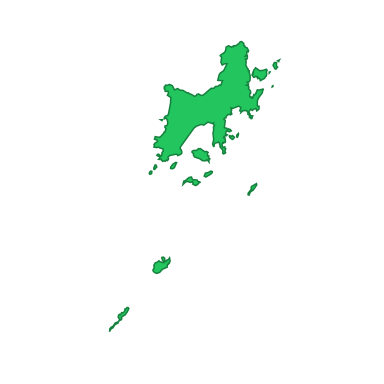 outline of Mueang Phuket, Phuket, Thailand, rotated 18°
{"feature_id": "78962969B33531913696438", "entity_name": "Mueang Phuket", "entity_type": "district", "adm_level": 2, "iso_a3": "THA", "parent_name": "Thailand", "parent_adm1": "Phuket", "projection": "robinson", "projection_center": [98.375, 7.727], "detail": "fine", "context": "isolated", "style": "filled", "palette": "green", "viewbox_px": 384, "rotation_deg": 18, "n_neighbors": 0, "source": "geoboundaries", "source_scale": "gbopen_adm2", "svg_char_len": 6017}
<svg xmlns="http://www.w3.org/2000/svg" viewBox="0 0 384 384"><g transform="rotate(18 192 192)"><path d="M135.5,98.2L133.8,98.5L133.5,100.5L132.6,100.9L133.4,100.9L133.7,102.4L134.4,102.6L135.4,104.6L138.1,103.7L139.1,105.1L138.7,107.6L142.7,108.7L144.1,114.1L145.4,124.1L145.3,126.7L143.2,128.1L142.6,130.0L143.1,130.9L144.5,129.8L145.8,130.7L147.1,132.5L147.9,135.4L147.7,136.5L146.0,137.4L146.2,138.9L147.6,139.7L147.8,143.3L146.9,143.7L147.0,144.6L145.0,149.2L143.3,150.3L139.9,150.7L140.0,153.4L143.0,153.5L143.4,154.1L143.2,155.3L141.8,156.8L141.1,158.6L141.9,159.3L142.0,161.1L144.6,160.7L146.5,159.6L147.5,160.1L151.0,159.9L152.0,162.1L151.3,163.6L151.9,166.7L150.5,168.6L150.7,170.3L150.1,171.2L150.8,171.2L151.6,170.3L152.7,170.4L153.0,171.2L154.8,171.9L155.6,171.2L157.0,171.1L157.8,169.6L159.0,169.7L159.5,167.7L158.3,166.4L159.4,164.3L165.1,161.0L166.4,160.9L167.2,161.8L169.5,159.8L170.2,158.6L170.1,157.3L168.8,155.3L167.2,154.3L167.1,152.6L174.1,130.7L175.9,128.0L178.7,125.8L180.4,124.7L182.5,124.8L185.6,120.6L190.7,120.6L191.3,119.7L191.8,121.3L192.9,121.9L192.3,123.6L193.4,126.2L193.8,129.6L196.5,135.7L196.7,140.0L198.4,142.0L198.9,141.6L198.5,139.4L199.0,138.2L201.3,137.0L201.5,136.4L202.4,136.6L203.0,136.7L203.4,138.1L204.9,139.6L204.6,140.4L208.5,142.8L209.3,145.8L210.3,146.0L211.6,144.8L211.7,143.9L210.8,143.5L210.6,140.2L209.7,140.0L209.2,138.9L207.7,140.1L205.9,137.8L205.9,135.7L206.4,135.1L207.0,135.6L207.2,134.9L208.2,134.7L208.2,133.5L206.7,130.4L205.6,130.7L205.1,130.2L206.2,128.0L207.0,128.2L207.9,126.7L206.0,126.4L205.7,124.8L206.2,123.1L209.0,123.2L210.5,121.7L208.9,120.6L208.0,121.1L207.2,120.6L206.3,121.6L205.4,120.6L202.9,120.9L201.6,113.9L200.9,113.2L200.1,113.3L199.8,112.5L200.3,111.5L201.4,111.0L201.2,109.5L202.3,107.2L203.8,106.8L204.2,105.9L204.9,106.6L205.8,105.5L204.2,103.4L204.4,101.9L203.0,100.0L204.7,100.1L209.9,95.9L212.4,96.6L212.3,100.0L213.9,100.1L214.0,101.3L215.5,98.8L218.9,97.7L220.8,99.4L221.0,100.7L223.2,101.5L223.6,103.4L224.7,103.3L225.6,104.0L226.2,103.7L226.4,102.9L225.9,102.0L226.3,100.9L224.1,101.2L221.3,98.1L222.2,95.1L224.1,95.8L225.3,93.9L227.0,92.9L228.6,94.9L230.1,92.4L229.3,89.7L228.1,90.1L227.4,89.6L226.0,85.1L226.2,82.1L228.3,75.7L227.8,74.6L228.2,72.6L227.7,72.1L224.3,74.4L222.6,74.6L222.1,79.0L221.2,80.6L220.7,80.4L220.7,83.9L219.3,84.2L219.3,83.3L217.4,83.5L216.6,80.7L217.3,79.8L216.4,77.9L213.8,76.2L213.8,75.0L213.0,73.6L211.0,73.5L212.3,72.7L212.4,71.8L210.6,70.4L212.1,69.7L212.7,68.0L211.5,63.6L209.4,60.6L209.1,59.0L207.9,59.1L207.4,57.7L206.1,57.0L203.8,54.3L203.4,51.7L201.8,49.0L203.1,48.8L203.2,47.2L202.5,45.1L200.8,46.2L201.5,44.3L200.8,41.3L202.2,41.4L202.1,40.0L199.7,37.8L197.7,37.8L197.0,36.7L196.3,36.8L195.1,34.5L192.6,33.6L191.2,34.6L190.8,36.6L189.7,37.4L189.0,39.0L186.5,40.0L186.4,41.0L185.4,41.1L184.9,42.1L181.7,41.6L179.7,43.5L180.2,46.7L179.9,49.0L176.8,53.0L176.7,53.7L178.6,54.8L179.4,59.7L181.5,61.9L183.5,59.9L185.7,59.2L184.6,66.9L182.2,70.0L181.6,72.2L182.0,77.9L186.6,76.7L186.5,81.5L185.4,81.5L183.8,83.6L181.8,84.3L180.5,86.8L178.2,87.4L172.7,96.4L170.7,97.4L167.9,96.7L166.5,97.7L166.3,98.9L164.8,100.2L161.1,99.3L159.3,99.5L158.0,98.7L157.0,99.3L151.8,98.1L149.2,98.9L146.4,98.0L143.8,100.3L140.5,97.0L137.5,96.6L135.5,98.2ZM192.4,266.8L192.5,264.4L191.0,261.6L190.4,263.6L189.0,264.7L188.8,266.0L187.7,266.5L186.5,263.4L184.7,262.8L183.5,263.6L184.8,265.8L186.8,266.9L187.0,268.0L182.8,268.2L181.8,267.6L180.8,269.3L178.9,270.8L178.4,273.5L179.3,275.4L179.4,277.2L178.9,278.0L179.4,279.1L181.1,280.1L183.7,280.3L186.1,278.4L187.8,274.6L191.7,271.1L191.0,268.9L191.9,268.1L191.5,267.2L192.4,266.8ZM191.8,149.8L186.4,148.1L185.4,148.9L184.8,148.7L183.5,151.0L180.8,151.9L179.7,152.9L179.5,154.0L181.7,155.2L182.0,156.6L183.5,157.9L189.4,158.0L192.3,159.0L195.6,158.0L195.8,157.0L196.7,156.8L198.8,158.2L198.3,157.1L198.7,155.0L197.5,155.1L196.9,152.5L195.7,152.8L194.7,150.3L195.1,149.4L193.2,148.9L191.8,149.8ZM225.9,53.3L225.1,52.3L224.5,52.4L222.3,54.2L218.9,55.7L214.1,54.2L213.1,57.0L213.0,61.1L213.5,60.3L213.9,62.8L215.0,63.8L215.6,63.8L217.1,62.3L218.0,62.4L219.2,63.5L219.3,62.6L220.5,63.5L221.4,63.3L222.6,65.0L225.9,61.5L226.0,60.1L226.7,59.2L226.7,57.0L225.6,54.7L225.9,53.3ZM189.3,180.0L188.1,179.5L186.9,177.9L184.7,179.1L182.0,183.4L180.8,184.2L181.1,187.7L182.9,184.2L184.7,183.4L187.8,183.3L189.2,181.9L190.4,183.3L190.2,184.2L193.3,184.8L195.1,183.2L195.5,181.5L196.7,180.4L196.2,179.9L194.4,180.2L193.1,179.0L189.3,180.0ZM167.2,321.7L166.0,321.8L165.5,323.2L164.3,324.1L164.9,324.8L164.5,326.9L163.5,328.3L162.3,328.5L162.0,330.8L160.7,330.8L160.2,331.8L160.5,333.9L162.5,335.4L162.3,337.0L164.2,335.4L164.4,334.2L163.8,333.8L163.6,332.9L166.5,329.2L167.4,326.3L168.0,322.5L167.2,321.7ZM249.7,171.1L251.4,165.3L250.7,164.1L246.9,168.3L246.9,169.9L247.7,170.7L245.8,175.7L246.1,177.3L247.3,177.3L247.4,174.2L249.7,171.1ZM200.5,173.5L204.5,169.0L205.2,167.5L205.0,166.3L203.4,166.3L201.4,168.5L198.9,169.9L198.7,173.1L200.5,173.5ZM232.4,42.7L230.3,43.5L229.9,46.4L232.8,49.2L233.8,49.3L234.8,46.8L233.3,46.0L232.4,42.7ZM164.4,176.2L166.2,176.0L167.7,174.4L168.3,168.8L167.5,168.8L165.2,171.4L164.0,175.0L164.4,176.2ZM156.6,350.4L157.4,347.0L158.7,345.7L159.8,341.8L162.1,339.6L162.3,337.9L159.4,340.4L158.4,344.1L156.8,345.7L156.1,347.8L156.6,348.4L156.6,350.4ZM215.5,126.8L213.0,125.8L212.2,127.0L210.5,126.6L210.1,127.2L210.9,128.4L214.1,129.6L215.1,128.5L215.5,126.8ZM149.4,182.2L150.8,179.2L149.7,177.6L148.6,177.6L148.2,181.0L148.8,182.2L149.4,182.2ZM146.5,188.2L147.9,187.1L147.5,184.8L146.2,184.9L145.5,186.4L145.7,187.7L146.5,188.2ZM218.3,125.9L218.5,123.2L218.0,122.0L217.0,124.0L217.5,125.8L218.3,125.9ZM149.1,168.4L150.3,167.0L148.7,166.4L147.6,166.8L147.3,168.1L149.1,168.4ZM139.8,133.0L141.4,133.4L141.6,132.3L139.8,133.0ZM234.1,41.1L234.0,40.6L234.3,39.4L232.9,40.7L234.1,41.1ZM235.8,67.3L236.4,66.7L236.1,65.9L235.7,66.2L235.8,67.3ZM228.7,55.1L229.1,54.1L229.1,53.7L228.3,54.2L228.7,55.1Z" fill="#22c55e" stroke="#15803d" stroke-width="1.5"/></g></svg>